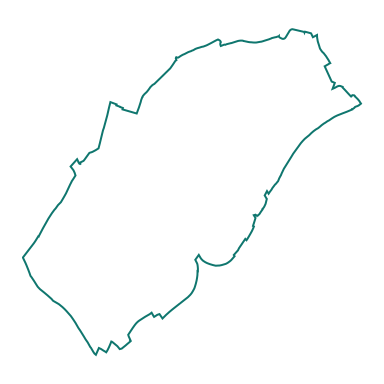 Simpelveld, Limburg, Netherlands (Equal Earth projection), rotated 90°
{"feature_id": "6326949B7850161968800", "entity_name": "Simpelveld", "entity_type": "district", "adm_level": 2, "iso_a3": "NLD", "parent_name": "Netherlands", "parent_adm1": "Limburg", "projection": "equal_earth", "projection_center": [5.98, 50.831], "detail": "fine", "context": "isolated", "style": "outline", "palette": "teal", "viewbox_px": 384, "rotation_deg": 90, "n_neighbors": 0, "source": "geoboundaries", "source_scale": "gbopen_adm2", "svg_char_len": 5764}
<svg xmlns="http://www.w3.org/2000/svg" viewBox="0 0 384 384"><g transform="rotate(90 192 192)"><path d="M102.3,23.9L101.0,24.7L99.3,26.1L98.2,27.2L97.1,28.3L96.5,29.0L96.0,29.1L95.3,29.9L95.2,31.7L96.5,32.7L96.5,33.0L93.4,35.9L89.9,39.1L87.5,41.4L86.9,41.3L86.0,43.6L85.9,44.5L85.9,45.1L86.2,46.1L86.6,47.0L87.8,49.1L88.8,51.4L82.9,49.2L82.2,50.7L82.0,51.3L81.6,52.3L66.3,59.3L65.9,58.5L65.3,57.6L64.5,56.1L64.0,55.4L63.5,54.4L63.2,54.1L63.1,53.8L61.2,54.9L59.9,55.6L57.6,57.1L56.3,57.9L54.0,59.7L53.4,60.1L51.9,61.7L51.0,62.4L49.1,63.7L48.7,63.9L48.0,64.2L45.6,64.9L42.8,65.8L41.1,66.3L39.2,66.6L37.4,66.9L35.3,67.0L35.0,67.0L35.2,67.4L35.9,68.6L36.3,69.4L36.8,70.3L37.2,71.1L33.8,72.7L33.3,73.0L31.7,79.0L32.1,79.2L32.1,79.5L32.5,79.6L32.3,79.7L32.0,79.8L31.9,80.0L29.5,90.2L29.3,91.1L29.2,91.6L29.3,92.1L29.4,92.6L29.6,93.0L29.9,93.4L30.2,93.8L30.5,94.2L31.0,94.5L36.8,98.0L37.4,98.4L37.9,98.8L38.2,99.1L38.5,99.5L38.7,100.0L38.8,100.3L38.8,100.6L38.9,101.0L38.8,101.5L38.7,101.9L38.1,103.2L37.6,104.1L37.3,104.5L36.9,104.9L36.4,105.1L36.1,105.1L36.3,105.3L36.6,106.5L36.8,107.0L37.1,107.8L37.3,109.0L37.7,110.6L38.1,112.2L38.4,112.7L38.9,114.0L39.3,115.0L40.7,119.5L41.2,121.0L41.4,121.7L41.7,122.8L41.8,123.8L41.9,124.3L42.3,126.5L42.5,127.7L42.5,128.5L42.5,130.5L42.3,132.7L42.2,134.4L42.0,135.6L41.0,140.3L41.0,140.6L40.8,140.8L40.7,141.1L40.6,141.9L40.6,142.5L40.6,143.5L40.8,145.1L41.0,146.1L43.1,152.7L43.1,153.1L43.4,154.1L43.7,155.4L44.1,156.9L44.2,157.4L44.4,157.8L44.7,158.5L44.8,158.8L44.6,159.7L45.9,162.9L46.0,163.2L45.5,163.4L44.4,163.7L44.1,163.7L43.7,163.7L42.9,163.6L42.6,163.5L42.2,163.2L41.5,163.4L40.8,163.9L40.3,164.5L39.6,165.8L39.5,166.0L40.3,167.8L43.0,172.8L44.4,175.5L45.1,176.9L45.5,177.8L46.2,179.7L46.5,180.4L46.9,182.4L47.6,184.5L48.1,186.4L48.5,187.5L49.0,188.8L49.3,189.2L50.1,190.6L50.4,191.3L50.6,192.0L51.2,193.1L51.4,193.8L51.8,194.9L52.0,195.5L52.8,197.1L53.6,198.6L54.1,199.6L54.3,200.1L54.8,201.3L55.5,202.5L56.0,203.4L57.2,205.1L57.5,205.6L57.7,206.3L57.7,206.5L57.5,206.9L57.3,207.4L57.2,207.7L57.3,207.9L58.1,208.1L58.3,208.2L58.9,208.0L60.2,207.6L60.8,208.6L64.6,211.1L68.3,213.7L79.1,224.7L83.3,229.0L83.9,229.6L84.4,230.5L85.1,231.6L86.1,232.6L86.8,233.3L87.2,233.7L88.4,234.5L90.3,235.9L91.8,237.1L92.7,238.0L93.7,239.1L94.3,239.7L95.6,240.8L96.5,241.4L96.9,241.4L97.0,241.6L97.6,241.9L98.4,242.2L100.0,242.8L102.0,243.3L105.4,244.4L107.3,245.0L113.5,247.3L109.4,261.5L108.0,261.1L107.0,263.9L106.8,263.9L105.4,267.7L104.4,267.4L102.1,273.6L107.7,275.0L115.2,276.7L128.1,280.2L130.3,281.0L141.8,283.8L143.1,284.1L148.1,285.4L148.4,285.5L150.2,288.4L151.8,291.4L152.2,292.4L152.7,294.1L153.0,294.7L159.8,299.6L160.9,300.5L162.6,304.0L163.8,303.6L164.0,303.9L163.7,304.4L163.6,304.7L163.4,304.8L162.4,305.5L161.3,305.9L160.0,306.5L159.2,306.9L166.5,313.4L170.3,310.5L172.7,309.4L175.5,308.5L176.1,308.9L179.4,311.0L181.5,312.4L181.9,312.5L184.6,313.9L193.4,318.0L196.6,319.8L199.0,321.2L202.2,323.1L203.1,324.0L204.1,325.0L205.1,326.0L208.5,328.4L209.8,329.6L213.2,332.1L218.6,335.6L220.4,336.6L228.4,341.1L236.0,345.1L236.5,345.3L236.3,345.7L241.0,348.6L243.2,350.1L257.4,361.0L257.7,361.0L258.0,360.9L262.8,358.6L265.1,357.6L269.3,355.9L273.0,354.5L275.9,353.5L277.0,352.6L280.9,350.0L285.2,347.3L286.6,346.4L287.2,345.9L289.2,344.0L292.4,340.0L295.5,336.3L298.9,332.5L300.8,330.9L304.1,325.2L304.9,324.2L307.1,321.5L309.2,319.3L311.1,317.5L316.1,313.1L319.1,311.0L322.9,308.5L327.8,305.7L330.9,303.6L336.7,300.0L339.4,298.4L342.4,296.3L347.1,293.7L347.7,293.1L349.1,292.3L352.0,290.6L353.6,289.5L354.8,288.1L348.0,285.1L349.1,282.8L350.5,280.7L351.6,278.8L352.3,277.8L350.6,276.7L347.4,275.1L343.2,273.3L341.5,272.7L341.6,272.3L342.2,271.4L346.2,266.6L348.3,264.9L349.1,264.3L348.6,262.3L345.3,258.2L344.4,257.2L341.2,253.4L340.5,253.8L340.4,253.5L337.9,254.6L336.6,255.2L334.8,255.8L328.0,251.3L325.6,249.6L324.4,248.7L323.1,247.6L322.3,246.8L321.3,245.7L320.5,244.6L318.3,241.2L316.8,238.9L314.1,234.2L312.7,232.4L316.0,230.5L316.9,229.9L316.6,229.4L316.3,229.0L315.5,227.7L315.0,227.0L314.8,226.5L314.5,225.8L314.1,224.5L318.5,221.5L314.7,217.7L313.2,216.0L312.0,214.7L309.5,211.7L307.2,208.8L297.2,196.1L294.8,193.7L293.2,192.4L291.1,191.1L288.5,189.7L286.8,189.1L283.8,188.2L280.5,187.4L277.6,186.9L275.2,186.6L272.9,186.5L271.1,186.5L271.2,186.1L268.5,186.1L267.3,186.2L266.2,186.3L265.4,186.4L264.3,186.6L263.6,186.8L262.6,187.3L259.8,188.7L254.9,185.2L258.0,183.4L259.2,182.5L260.7,181.0L262.2,178.7L263.1,176.9L264.1,174.3L265.0,171.3L265.7,168.4L265.5,164.4L265.3,163.4L265.1,162.4L264.1,159.0L263.8,158.1L263.5,157.5L262.9,156.4L261.4,154.3L260.4,153.1L260.0,152.7L256.2,149.4L255.0,150.2L250.3,146.0L248.2,145.0L238.9,138.7L240.2,137.5L238.9,136.6L236.4,135.1L233.8,133.6L231.1,132.1L228.3,130.8L226.5,130.1L226.0,131.0L221.6,129.6L218.0,128.5L215.2,130.2L214.7,128.5L215.9,127.0L215.5,126.7L215.6,126.2L215.1,125.7L214.1,124.6L211.6,123.0L209.4,121.4L209.1,121.6L207.7,120.4L206.6,119.7L203.8,118.4L200.1,117.5L198.9,117.2L197.7,118.0L196.2,118.8L195.5,119.3L191.1,117.0L193.7,115.4L191.9,114.2L190.7,113.3L189.5,112.4L188.2,111.7L187.0,110.8L185.8,109.9L184.6,109.0L183.6,107.9L182.4,107.0L181.3,106.0L179.9,105.4L178.4,104.8L175.9,103.5L175.7,103.3L175.3,103.1L173.3,102.3L172.7,102.0L170.8,101.1L168.7,100.1L167.9,99.6L166.8,98.9L156.7,92.6L153.7,90.8L143.2,83.2L140.9,81.2L138.8,79.2L136.9,76.9L135.2,74.8L133.1,72.7L131.2,70.5L129.5,68.2L128.1,65.8L126.3,63.6L125.3,62.5L123.6,60.2L122.9,59.0L122.1,57.8L121.3,56.7L120.3,54.8L120.0,54.4L118.3,51.9L116.8,49.5L115.4,46.6L114.7,44.8L113.2,41.0L111.8,37.3L109.5,31.8L109.1,31.9L109.0,31.4L108.6,30.7L107.9,29.7L107.1,29.1L106.5,27.9L106.1,26.6L105.5,25.4L103.8,23.2L103.6,23.0L102.3,23.9Z" fill="none" stroke="#0f766e" stroke-width="2"/></g></svg>